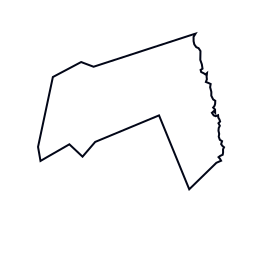 Colônia do Gurguéia, Piauí, Brazil, rotated 162°
{"feature_id": "56859067B60738837049345", "entity_name": "Colônia do Gurguéia", "entity_type": "district", "adm_level": 2, "iso_a3": "BRA", "parent_name": "Brazil", "parent_adm1": "Piauí", "projection": "robinson", "projection_center": [-43.773, -8.154], "detail": "fine", "context": "isolated", "style": "outline", "palette": "ink", "viewbox_px": 256, "rotation_deg": 162, "n_neighbors": 0, "source": "geoboundaries", "source_scale": "gbopen_adm2", "svg_char_len": 952}
<svg xmlns="http://www.w3.org/2000/svg" viewBox="0 0 256 256"><g transform="rotate(162 128 128)"><path d="M152.2,205.2L183.7,199.7L219.4,137.8L221.4,123.7L214.5,125.2L210.2,126.1L188.8,130.6L180.1,114.8L163.5,124.9L94.6,130.4L88.7,50.8L54.7,67.6L49.6,68.1L50.0,70.2L50.9,72.3L48.9,73.0L46.2,73.3L45.1,75.4L44.2,78.4L42.6,80.0L43.8,81.9L44.4,83.9L42.6,86.4L44.3,88.4L44.4,91.7L43.1,94.2L42.8,97.4L41.7,100.0L40.0,101.7L40.5,104.6L38.4,105.7L38.4,107.8L38.9,109.9L38.4,112.3L40.9,112.1L42.6,113.5L43.5,116.5L41.3,117.5L40.4,115.6L39.5,118.7L40.7,121.1L38.8,122.4L37.6,124.2L36.6,126.9L38.2,128.9L38.8,133.0L37.6,136.5L37.4,139.2L37.3,141.4L35.8,144.3L37.5,145.9L39.7,147.7L37.9,150.0L37.4,152.5L35.9,155.8L37.8,155.0L39.1,156.7L41.1,158.6L41.0,160.8L38.8,161.4L38.1,165.7L38.2,170.4L35.3,178.8L36.2,182.1L38.1,183.8L39.1,187.0L38.8,190.3L38.1,192.5L37.5,194.4L34.6,196.9L141.8,196.9L152.2,205.2Z" fill="none" stroke="#020617" stroke-width="2"/></g></svg>